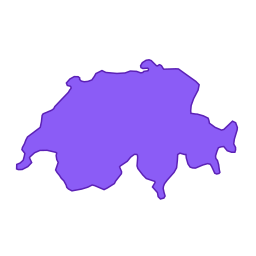 outline of Switzerland, rotated 3°
{"feature_id": "CHE", "entity_name": "Switzerland", "entity_type": "country or territory", "adm_level": 0, "iso_a3": "CHE", "parent_name": "Europe", "parent_adm1": "", "projection": "mercator", "projection_center": [8.313, 46.803], "detail": "fine", "context": "isolated", "style": "filled", "palette": "violet", "viewbox_px": 256, "rotation_deg": 3, "n_neighbors": 0, "source": "natural_earth", "source_scale": "50m", "svg_char_len": 2291}
<svg xmlns="http://www.w3.org/2000/svg" viewBox="0 0 256 256"><g transform="rotate(3 128 128)"><path d="M191.9,77.0L193.3,77.9L196.8,81.1L196.0,86.5L192.0,95.2L189.9,102.2L189.7,107.6L190.1,110.1L190.8,110.1L194.6,110.5L196.5,110.5L202.6,111.9L207.5,114.0L208.4,116.3L209.1,119.0L214.9,122.8L221.5,125.2L223.8,124.4L232.0,115.7L235.2,117.1L237.2,121.8L237.1,124.2L234.8,133.5L234.4,138.4L236.4,141.7L236.6,144.2L236.0,146.6L232.7,146.8L228.3,145.5L224.6,141.5L221.7,142.0L219.3,143.0L218.0,146.8L216.9,151.3L217.3,153.8L219.0,155.7L220.4,159.8L221.4,165.1L222.1,167.5L221.3,168.6L219.0,169.3L217.0,168.6L213.7,162.3L212.1,159.9L209.4,159.4L204.7,161.0L197.5,164.5L194.6,164.5L192.1,163.8L189.8,160.8L187.8,155.0L187.2,151.4L185.8,151.5L181.2,150.4L179.0,151.9L179.0,157.8L178.6,165.2L176.3,169.9L169.8,178.1L167.4,181.7L166.5,184.3L166.3,186.5L167.3,190.3L168.6,194.0L167.5,196.1L164.1,197.2L161.7,195.0L160.8,191.0L155.5,185.6L157.9,181.0L157.5,179.9L148.9,177.5L145.2,174.1L140.0,168.0L139.0,165.4L139.2,157.0L138.9,154.9L138.2,153.9L135.7,154.0L132.2,156.9L129.0,161.3L122.3,166.3L121.6,167.3L123.9,172.1L123.8,174.0L118.4,181.7L117.3,184.2L110.5,189.0L107.3,190.8L97.8,187.3L95.2,186.8L91.0,189.2L84.9,191.4L75.3,193.7L71.7,192.0L70.0,190.5L69.2,188.2L66.7,184.1L64.0,181.7L62.1,179.0L59.5,176.1L57.9,173.7L60.1,166.0L58.5,163.2L57.7,159.3L58.1,156.7L57.2,156.1L48.4,154.5L41.2,155.0L36.0,157.6L31.7,161.9L31.2,162.9L31.5,163.6L33.6,167.6L30.0,171.8L24.5,175.0L20.6,175.3L18.9,174.7L18.8,170.2L22.1,168.6L25.0,165.7L25.9,161.6L26.3,158.7L23.2,155.2L23.6,153.0L25.5,149.0L26.6,145.4L28.1,142.2L34.2,137.1L40.3,132.0L41.2,126.5L41.6,119.9L42.5,118.3L50.7,114.3L52.8,112.7L53.8,110.4L60.2,102.9L66.6,95.5L67.9,93.0L69.0,91.5L69.0,90.3L68.2,89.3L65.2,88.7L64.1,86.3L67.4,82.1L71.6,79.5L75.6,79.4L77.2,80.6L77.1,82.0L78.9,83.6L81.9,84.1L85.7,83.5L89.4,81.9L91.7,78.2L93.1,75.3L99.0,72.0L103.0,73.7L114.1,74.1L122.2,73.2L127.3,71.0L133.6,71.0L137.9,72.3L138.6,72.1L139.8,71.8L140.9,70.6L144.9,69.8L145.4,68.8L145.3,67.8L144.6,67.2L139.7,67.8L137.8,67.0L137.3,65.2L138.9,62.0L142.5,59.4L145.5,58.8L147.7,59.5L153.1,64.3L154.4,64.4L155.2,63.6L156.3,63.1L158.1,64.0L160.2,67.0L160.6,67.4L172.6,66.4L175.3,66.4L183.4,71.6L191.9,77.0Z" fill="#8b5cf6" stroke="#5b21b6" stroke-width="1.5"/></g></svg>